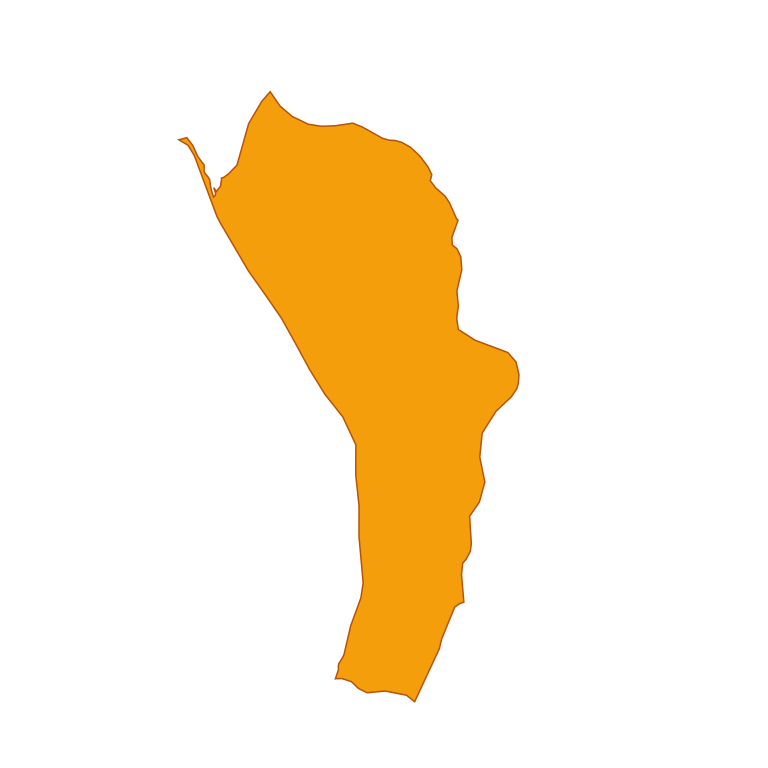 the Province of Mazandaran, rotated 253°
{"feature_id": "IRN-3214", "entity_name": "Mazandaran", "entity_type": "Province", "adm_level": 1, "iso_a3": "IRN", "parent_name": "Iran", "parent_adm1": "", "projection": "equal_earth", "projection_center": [52.513, 36.378], "detail": "fine", "context": "isolated", "style": "filled", "palette": "amber", "viewbox_px": 768, "rotation_deg": 253, "n_neighbors": 0, "source": "natural_earth", "source_scale": "10m", "svg_char_len": 1523}
<svg xmlns="http://www.w3.org/2000/svg" viewBox="0 0 768 768"><g transform="rotate(253 384 384)"><path d="M116.3,251.3L124.1,256.9L127.5,257.8L129.7,258.9L134.5,264.4L136.9,266.6L162.6,281.5L186.1,299.3L199.8,305.9L245.5,315.5L274.7,324.5L304.9,330.3L334.1,339.3L364.5,335.0L391.4,324.5L419.6,317.1L448.8,311.2L476.8,305.2L504.8,296.3L531.8,287.4L586.1,274.5L593.4,273.2L657.8,269.4L669.6,266.4L677.5,259.2L677.2,267.5L667.9,270.9L656.3,272.4L648.8,274.9L646.8,276.0L644.4,275.6L640.1,274.1L637.6,274.5L633.1,276.4L630.6,277.0L621.0,275.6L612.6,275.6L613.9,278.0L616.2,278.8L621.5,278.6L618.3,279.7L617.0,279.9L621.0,285.5L627.7,288.7L628.4,288.7L628.6,291.6L630.5,296.9L636.3,307.4L672.6,330.7L690.0,349.7L696.8,360.6L680.3,365.8L666.7,374.4L654.5,387.6L648.7,399.7L645.2,412.8L642.6,430.3L636.2,438.3L619.4,454.4L615.6,460.4L613.6,465.9L609.8,471.7L602.7,478.5L591.0,485.2L578.5,489.6L570.2,490.9L564.9,487.7L556.4,490.8L545.9,497.3L538.1,499.6L521.5,501.6L519.0,502.7L504.2,491.7L497.1,490.0L491.8,493.4L483.1,494.6L470.5,491.8L451.7,480.9L436.9,477.9L425.2,472.6L414.3,471.1L399.2,483.9L377.8,511.7L366.5,516.7L353.4,515.8L345.4,512.7L340.5,509.5L334.6,502.2L325.1,483.0L308.3,463.5L286.0,454.2L260.8,451.8L243.1,440.6L232.5,427.2L205.6,420.8L198.7,417.6L192.5,411.4L189.5,406.8L179.1,402.4L152.0,396.6L151.9,392.3L150.0,386.4L123.6,364.8L114.6,359.5L71.2,320.4L79.8,314.5L90.0,295.4L93.7,277.5L100.3,270.6L108.9,265.8L114.6,257.6L116.2,252.1L116.3,251.3Z" fill="#f59e0b" stroke="#b45309" stroke-width="1.5"/></g></svg>